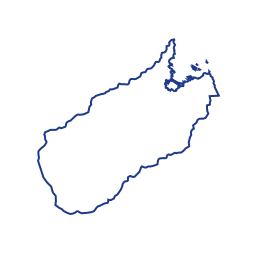 Breiðdalshreppur, Austurland, Iceland (Albers equal-area conic projection), rotated 283°
{"feature_id": "244011B15837177030035", "entity_name": "Breiðdalshreppur", "entity_type": "district", "adm_level": 2, "iso_a3": "ISL", "parent_name": "Iceland", "parent_adm1": "Austurland", "projection": "albers", "projection_center": [-14.121, 64.837], "detail": "fine", "context": "isolated", "style": "outline", "palette": "blue", "viewbox_px": 256, "rotation_deg": 283, "n_neighbors": 0, "source": "geoboundaries", "source_scale": "gbopen_adm2", "svg_char_len": 5986}
<svg xmlns="http://www.w3.org/2000/svg" viewBox="0 0 256 256"><g transform="rotate(283 128 128)"><path d="M82.3,46.6L79.0,47.9L75.8,47.8L75.0,48.2L60.7,56.8L56.8,61.3L53.6,66.4L49.5,68.5L47.7,70.0L45.9,72.4L45.4,72.9L40.5,74.2L36.6,74.6L34.7,78.9L34.1,81.8L32.8,83.6L31.9,86.6L31.4,89.5L31.3,91.3L32.1,93.4L33.6,95.4L35.3,97.0L35.5,97.7L35.5,98.3L34.6,100.9L34.6,102.2L36.0,106.8L37.2,109.8L37.8,111.3L39.2,113.4L39.9,113.9L43.3,115.3L45.2,116.6L45.8,118.0L48.8,121.5L49.9,123.5L50.3,124.7L50.6,125.0L51.5,125.3L53.7,124.9L53.7,125.0L53.6,126.2L54.0,127.6L56.1,130.1L58.7,130.5L60.7,132.6L66.4,134.9L69.2,135.4L72.4,135.5L74.1,136.1L75.2,136.9L75.8,138.6L76.2,139.3L76.8,139.7L79.8,139.1L80.5,139.4L81.8,141.1L81.8,141.5L81.5,142.0L81.5,144.1L81.7,144.7L82.2,145.5L87.9,149.0L93.0,149.7L93.6,150.0L93.7,150.3L93.3,152.4L93.3,153.6L93.7,154.7L95.2,156.6L95.4,158.0L95.7,158.9L97.7,162.7L99.3,164.9L102.6,164.5L104.5,164.9L105.4,165.7L106.4,168.3L106.9,171.0L107.3,171.8L107.8,172.2L110.0,172.3L111.3,173.3L111.4,173.6L111.3,175.0L111.4,175.6L111.8,176.4L114.3,179.1L114.4,179.4L114.3,180.9L115.1,182.0L116.1,185.4L118.0,187.0L121.4,189.0L123.4,191.3L124.2,191.7L127.8,190.4L133.1,190.5L135.3,191.2L137.8,190.3L139.6,190.5L140.9,191.0L142.1,192.3L145.0,190.9L145.5,191.0L148.4,193.4L151.7,194.1L152.6,194.9L153.2,195.9L154.1,199.4L155.3,201.3L160.2,203.0L162.2,201.5L165.1,200.5L167.1,200.1L168.0,200.0L168.9,202.1L169.3,202.5L171.2,202.0L173.3,202.2L177.4,200.4L180.1,210.0L180.4,208.4L182.3,207.5L183.4,206.2L184.6,205.7L185.3,204.8L186.1,204.4L187.3,203.2L189.1,203.0L190.0,201.9L190.7,201.3L192.6,201.3L193.7,200.8L195.0,199.3L196.2,199.1L197.0,197.0L198.9,196.1L199.1,194.7L199.0,194.4L199.7,193.3L199.0,193.9L198.5,193.2L198.7,192.5L198.6,192.0L198.9,190.7L198.6,190.3L198.5,189.7L197.3,189.1L196.3,189.4L195.8,189.2L192.9,186.7L192.6,185.9L192.2,185.9L191.9,185.5L191.8,184.8L192.1,182.8L192.1,180.8L191.7,181.0L190.4,180.2L190.0,179.8L190.0,178.3L188.4,177.9L188.3,177.5L188.4,176.8L188.4,176.5L188.6,175.8L188.6,175.5L188.3,176.0L187.8,176.3L187.0,176.0L186.5,175.5L186.2,173.5L186.2,173.0L185.5,173.2L185.0,172.7L185.4,171.7L185.1,171.8L184.9,172.3L182.7,171.5L182.3,171.9L182.6,172.1L182.6,172.3L181.3,172.4L180.8,170.5L181.0,170.1L180.4,170.8L181.0,168.6L181.3,168.1L180.9,168.0L181.0,168.2L180.7,169.0L179.0,168.9L178.7,168.6L178.5,167.8L177.6,167.5L176.3,166.2L175.3,166.7L175.0,166.5L174.8,165.6L174.5,165.3L174.4,164.5L175.7,161.8L174.1,160.9L174.7,160.6L174.8,160.2L174.1,158.9L174.3,158.5L175.1,158.3L175.6,157.9L175.6,157.5L175.9,157.2L175.8,156.8L175.9,156.6L175.5,156.2L175.7,155.7L177.3,155.3L178.1,155.7L178.9,154.3L179.2,154.1L179.8,154.1L180.1,154.9L180.3,154.6L181.1,154.6L181.8,155.6L182.5,155.2L182.5,154.6L182.7,154.3L183.4,154.4L183.4,154.7L183.1,155.4L182.9,157.3L183.4,157.3L183.4,157.6L180.4,156.7L180.2,157.1L183.5,158.2L183.5,158.8L184.3,158.4L185.3,158.8L184.0,160.9L181.3,167.5L181.1,167.4L181.3,167.6L181.5,167.6L181.4,167.6L182.6,164.4L183.8,162.1L182.9,165.2L182.9,166.1L183.1,166.6L182.7,167.2L182.7,167.9L183.4,170.7L183.6,170.4L183.4,168.9L183.5,165.8L184.9,161.4L185.9,159.6L186.7,159.0L188.4,158.6L188.4,159.7L188.6,159.7L188.7,159.1L188.9,159.0L190.0,159.3L190.8,158.0L191.8,157.1L192.5,156.9L193.5,157.6L193.3,158.7L193.3,159.2L193.0,159.9L192.6,159.8L193.0,159.9L192.9,160.3L192.3,160.2L192.4,159.9L192.2,159.9L192.2,160.2L192.9,160.4L192.8,160.9L192.4,161.0L192.7,161.0L193.9,159.7L194.0,159.4L193.9,158.8L195.3,157.6L195.4,156.6L195.7,156.2L195.8,155.4L196.2,155.1L196.5,154.3L197.0,153.6L197.5,153.8L197.5,154.5L199.1,155.0L199.0,156.3L199.2,156.1L199.2,155.7L199.8,155.8L199.6,156.9L199.6,157.4L200.4,155.4L200.5,154.8L200.2,154.3L200.3,154.1L202.3,152.9L203.6,153.1L205.6,154.4L205.7,154.6L205.7,155.0L206.2,155.4L206.7,156.9L206.9,156.8L206.8,156.4L207.0,156.1L209.5,155.9L210.7,156.2L210.9,156.9L213.5,155.6L214.1,155.9L214.6,155.4L215.4,155.1L216.0,154.6L217.4,154.5L219.5,155.2L219.8,155.1L220.7,153.9L222.2,152.9L223.2,152.9L224.1,153.3L224.7,152.9L223.7,150.9L223.1,150.2L220.7,148.9L220.2,148.9L219.7,149.4L217.7,149.6L217.4,149.3L216.7,147.5L216.4,147.2L213.5,147.9L211.2,147.6L209.8,146.4L208.9,144.2L208.7,144.1L206.0,144.1L204.1,144.7L202.5,143.8L199.9,143.6L199.0,142.2L199.0,141.5L198.7,140.4L197.3,139.7L194.7,139.2L191.6,137.4L190.9,136.3L190.3,134.5L189.6,133.4L186.4,132.4L185.7,130.6L184.6,128.7L181.9,128.5L180.7,128.1L177.5,124.6L177.1,123.6L176.5,120.1L176.3,119.7L174.8,118.9L171.6,118.8L170.5,118.1L170.3,117.8L169.7,113.9L169.2,111.9L169.1,111.0L169.3,109.9L169.2,109.5L167.7,108.8L165.1,108.7L162.3,104.4L161.9,103.4L161.8,102.2L161.5,101.8L159.7,101.0L158.1,98.5L156.8,97.9L155.6,96.0L155.0,94.3L152.1,89.5L150.4,88.3L148.7,86.3L144.7,86.0L142.5,86.9L139.9,85.7L134.5,85.8L132.2,82.9L131.1,81.1L130.0,77.9L130.0,76.7L129.7,76.0L128.1,74.2L122.2,70.3L121.4,68.8L119.6,67.1L118.8,66.8L115.9,66.9L114.9,66.4L112.7,62.8L112.7,62.3L113.0,61.4L112.9,60.8L110.4,58.8L109.9,57.8L108.9,53.6L108.5,52.5L106.7,50.4L105.4,48.3L102.7,47.9L101.5,48.9L98.0,50.0L97.4,50.6L96.7,51.5L95.7,51.8L93.0,51.0L90.8,49.7L88.4,47.7L85.9,46.3L84.8,46.0L82.3,46.6ZM191.7,178.4L192.6,177.4L192.0,176.1L191.6,176.4L191.3,177.1L191.3,177.8L191.7,177.8L191.7,178.4ZM201.2,178.0L201.5,177.2L200.3,178.1L200.2,178.4L200.5,178.4L200.5,178.7L200.2,179.3L201.1,178.8L201.3,178.5L201.2,178.0ZM201.8,181.0L202.5,179.3L202.4,179.2L202.9,177.6L202.5,177.9L202.4,178.5L201.8,179.2L202.0,180.0L201.6,180.9L201.8,181.0ZM190.8,176.3L191.3,175.7L191.3,175.0L191.1,174.6L190.9,175.0L191.0,175.3L190.4,176.1L190.5,176.4L190.8,176.3ZM201.0,185.1L201.3,184.3L201.4,183.4L201.2,183.4L200.8,184.1L200.8,184.9L201.0,185.1ZM209.6,190.7L210.0,190.1L210.5,189.6L209.6,189.7L209.4,190.6L209.6,190.7ZM200.8,179.7L200.7,179.4L200.5,179.7L200.1,179.7L200.1,180.1L200.3,180.1L200.3,180.5L200.8,179.7ZM205.1,181.3L205.7,180.3L205.7,179.9L205.0,181.2L205.1,181.3ZM200.6,195.6L201.3,194.5L201.0,194.6L200.6,195.6Z" fill="none" stroke="#1e3a8a" stroke-width="2"/></g></svg>